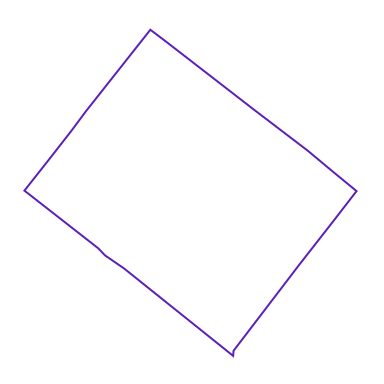 Tamboara, Paraná, Brazil, rotated 308°
{"feature_id": "56859067B83324899582863", "entity_name": "Tamboara", "entity_type": "district", "adm_level": 2, "iso_a3": "BRA", "parent_name": "Brazil", "parent_adm1": "Paraná", "projection": "natural_earth1", "projection_center": [-52.482, -23.199], "detail": "fine", "context": "isolated", "style": "outline", "palette": "violet", "viewbox_px": 384, "rotation_deg": 308, "n_neighbors": 0, "source": "geoboundaries", "source_scale": "gbopen_adm2", "svg_char_len": 403}
<svg xmlns="http://www.w3.org/2000/svg" viewBox="0 0 384 384"><g transform="rotate(308 192 192)"><path d="M294.5,78.7L294.2,59.3L190.2,58.7L165.5,59.3L124.6,59.3L89.9,59.1L89.9,71.0L89.9,152.8L88.5,162.5L89.9,185.5L88.2,325.3L92.5,322.5L200.1,321.3L216.1,321.3L246.2,321.3L257.1,321.3L294.0,321.1L294.7,292.2L295.8,257.9L295.0,189.0L294.5,78.7Z" fill="none" stroke="#5b21b6" stroke-width="2"/></g></svg>